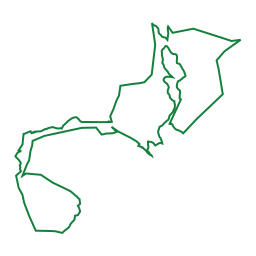 San Bartolo Soyaltepec, Oaxaca, Mexico
{"feature_id": "50627088B5288968218075", "entity_name": "San Bartolo Soyaltepec", "entity_type": "district", "adm_level": 2, "iso_a3": "MEX", "parent_name": "Mexico", "parent_adm1": "Oaxaca", "projection": "mercator", "projection_center": [-97.319, 17.577], "detail": "fine", "context": "isolated", "style": "outline", "palette": "green", "viewbox_px": 256, "rotation_deg": 0, "n_neighbors": 0, "source": "geoboundaries", "source_scale": "gbopen_adm2", "svg_char_len": 5182}
<svg xmlns="http://www.w3.org/2000/svg" viewBox="0 0 256 256"><path d="M152.0,23.1L153.7,34.3L155.2,44.9L151.7,74.6L144.4,82.2L139.6,83.2L133.8,83.8L125.5,85.0L120.4,85.8L119.0,95.5L116.4,100.8L113.2,109.7L110.2,116.2L111.8,121.9L108.8,122.1L108.7,121.5L108.0,121.8L108.0,122.1L97.9,122.1L85.8,122.0L81.8,122.1L80.9,121.5L80.1,121.0L79.1,119.7L78.0,118.6L76.8,117.5L76.1,117.2L74.9,117.4L74.0,117.5L73.0,117.8L71.7,118.4L70.3,119.4L69.3,120.2L67.8,121.2L67.1,122.1L65.7,123.4L63.3,125.6L61.7,128.6L61.1,128.3L60.3,128.2L59.5,128.4L58.6,128.4L57.7,128.5L56.2,128.2L55.6,128.0L54.5,127.6L53.0,127.1L52.0,127.2L50.9,127.5L48.8,127.9L47.7,128.4L46.9,128.8L45.8,129.2L45.0,129.1L44.4,129.6L43.2,130.1L42.0,130.7L41.3,131.2L40.2,131.4L38.0,131.4L37.7,131.5L35.7,131.7L35.2,131.6L35.2,132.0L35.0,132.8L35.0,132.5L34.5,132.4L34.3,132.2L33.8,132.7L32.9,132.8L32.7,132.7L32.7,132.4L32.3,132.5L32.3,132.8L32.0,133.1L31.9,133.1L31.5,133.1L31.0,132.1L30.9,131.9L30.7,131.8L30.6,131.7L30.5,131.3L27.5,132.4L25.1,133.6L23.6,133.9L23.0,139.2L22.5,144.5L18.7,150.2L20.5,150.8L20.4,151.4L20.0,151.6L19.6,151.4L18.9,151.6L18.5,152.2L17.7,152.5L15.4,156.2L16.1,157.2L17.1,158.2L18.5,159.6L19.5,160.9L20.3,162.0L20.8,163.2L20.6,164.0L20.1,164.7L19.7,165.6L20.1,166.5L20.4,167.6L20.1,168.2L20.0,169.1L20.3,169.9L20.6,170.6L21.0,171.3L16.1,175.6L18.7,187.9L22.4,194.7L24.2,202.9L29.4,216.5L35.8,230.7L45.5,230.9L52.9,231.1L55.5,231.3L62.2,232.9L64.5,230.8L64.6,230.7L64.8,230.5L65.8,229.8L67.3,228.6L67.5,228.4L68.9,227.4L70.9,223.5L74.5,219.6L75.0,215.7L77.9,215.1L80.1,211.5L79.0,207.6L77.8,205.8L80.1,203.9L79.5,199.1L78.0,198.1L77.5,197.5L76.9,196.4L76.2,196.1L70.6,191.3L63.9,188.0L53.0,182.8L49.9,180.8L40.9,174.8L26.1,173.5L22.4,175.9L27.0,164.4L29.1,160.4L30.5,151.1L32.2,145.4L32.6,140.9L44.4,135.9L47.7,135.2L81.5,127.9L83.3,127.8L96.1,127.6L101.7,134.6L106.5,133.5L112.5,133.3L116.8,131.9L111.5,126.8L118.0,131.4L130.6,137.8L136.3,141.2L139.5,144.1L138.3,145.9L141.8,147.1L142.0,147.6L142.5,147.4L142.9,147.6L143.5,148.5L144.0,148.9L145.5,150.2L147.2,152.0L147.3,152.4L147.3,152.5L149.2,154.2L151.3,155.4L151.7,155.7L151.5,155.2L151.2,155.0L150.8,154.9L150.4,154.7L149.9,154.4L149.7,154.1L149.5,153.2L149.1,152.5L148.4,152.0L147.9,151.4L147.4,150.4L147.4,149.5L147.9,148.6L148.4,147.5L148.4,146.5L148.2,145.8L147.9,144.9L148.0,143.9L148.0,141.6L148.2,141.4L149.2,141.7L151.0,142.0L152.3,142.4L153.1,142.9L153.8,143.5L154.4,144.4L154.7,144.9L155.0,145.2L155.4,145.5L156.0,145.0L157.6,144.1L158.9,143.4L159.5,143.0L160.6,142.9L161.6,143.2L162.3,143.5L162.0,142.0L161.5,140.6L161.0,139.3L160.4,138.0L159.8,137.2L159.4,136.8L158.9,135.2L158.7,134.3L158.3,133.2L158.2,131.0L158.6,129.8L158.8,129.4L159.1,128.2L159.5,127.3L159.7,126.7L160.4,126.4L162.2,125.5L163.2,124.4L163.8,123.6L165.1,122.4L166.5,121.1L168.0,120.0L169.1,118.1L169.2,116.7L169.6,115.7L170.3,114.8L172.5,112.5L173.8,109.9L174.8,107.3L174.9,106.2L174.9,105.4L174.9,104.3L174.6,103.5L174.5,103.1L174.4,102.4L174.4,101.8L174.4,101.3L173.9,100.8L172.5,100.4L171.8,99.7L170.7,98.5L170.1,97.7L169.8,97.2L169.8,96.2L169.5,95.2L169.3,94.7L169.0,94.2L168.3,93.7L167.9,93.0L167.7,92.0L167.7,90.9L168.0,89.6L168.4,88.5L168.8,87.5L168.4,86.0L167.3,84.1L166.1,83.0L165.0,82.2L164.3,81.5L163.7,80.3L163.7,79.3L164.4,77.9L166.4,76.7L169.6,76.8L172.5,77.2L171.9,76.7L171.6,76.3L171.0,75.7L170.1,75.1L169.7,74.6L168.5,73.2L168.2,72.7L168.0,72.1L167.0,70.9L166.0,69.8L165.1,68.7L164.4,67.7L164.1,66.8L163.9,66.2L163.8,65.5L163.6,65.0L163.2,64.3L162.9,63.7L162.3,62.9L162.5,61.6L162.9,60.3L162.9,59.2L162.6,58.1L162.3,56.6L162.1,55.8L161.9,54.9L161.9,54.2L162.0,53.3L161.9,52.5L161.7,51.8L161.8,51.0L162.0,50.4L162.3,49.7L163.0,49.0L163.7,48.6L164.4,47.6L164.8,47.0L165.1,46.5L165.2,46.4L165.9,46.0L167.0,46.3L167.1,46.5L168.3,47.9L168.9,49.1L169.4,49.8L169.9,50.6L170.4,51.7L171.0,52.5L172.1,53.4L172.9,54.0L174.3,54.1L175.5,54.2L176.1,54.5L176.7,55.1L177.1,56.9L176.9,59.5L176.8,61.0L176.8,61.9L176.8,62.6L176.9,63.0L177.7,63.3L179.2,63.9L180.0,64.3L181.0,66.2L181.6,67.3L182.0,68.1L182.9,69.5L183.9,71.2L184.6,72.9L185.0,74.3L185.4,75.3L185.5,75.9L185.3,76.3L184.5,76.9L183.3,77.5L182.7,78.1L181.8,78.9L179.7,80.6L178.9,80.8L178.2,81.2L177.8,81.7L177.1,84.0L176.9,85.4L176.8,86.1L176.8,86.6L176.9,87.3L177.5,88.2L178.3,89.2L179.0,89.8L179.4,90.2L179.7,90.4L180.0,90.8L180.1,92.8L179.7,95.3L179.8,96.7L179.7,97.3L179.5,98.0L179.8,98.7L180.9,99.4L169.6,123.8L170.3,124.0L170.8,124.0L171.3,123.8L171.8,123.8L172.1,124.3L173.3,126.4L174.1,127.5L175.0,128.7L176.2,129.5L177.0,129.9L178.1,130.1L178.4,130.3L179.1,130.7L179.6,131.0L180.2,131.3L180.4,131.3L181.1,131.5L183.2,133.3L186.8,129.5L196.3,119.4L222.8,94.2L218.5,68.5L216.6,60.4L224.0,51.9L224.5,51.3L240.6,39.8L231.6,41.0L223.1,38.2L193.3,28.7L172.6,32.8L168.1,26.4L167.8,27.0L167.8,27.6L167.8,28.2L167.8,29.1L167.9,30.3L168.0,31.4L168.2,32.5L168.3,33.6L168.2,34.3L168.0,35.2L167.9,36.0L167.4,39.9L165.9,38.1L165.0,37.5L164.2,37.3L163.7,37.2L162.1,36.7L161.6,36.1L161.1,35.4L160.8,35.0L159.3,33.7L158.8,32.8L158.6,31.6L158.5,30.9L158.5,29.9L158.3,28.8L157.8,27.9L157.2,27.4L156.6,26.7L155.7,25.8L154.9,25.7L154.1,25.2L153.3,25.1L152.0,23.1Z" fill="none" stroke="#15803d" stroke-width="2"/></svg>